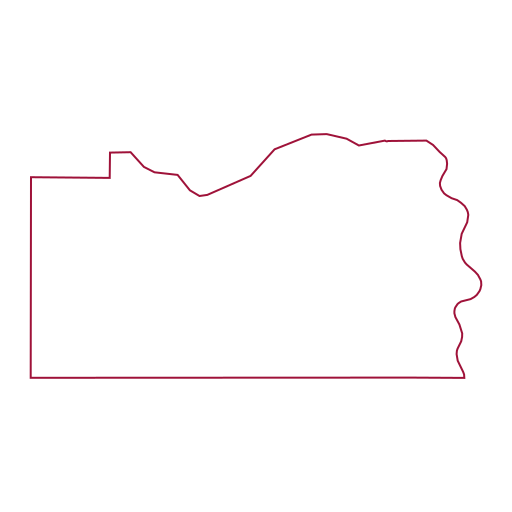 Cass, Nebraska, United States of America (Natural Earth projection)
{"feature_id": "52423323B68486838803795", "entity_name": "Cass", "entity_type": "district", "adm_level": 2, "iso_a3": "USA", "parent_name": "United States of America", "parent_adm1": "Nebraska", "projection": "natural_earth1", "projection_center": [-95.933, 40.925], "detail": "fine", "context": "isolated", "style": "outline", "palette": "rose", "viewbox_px": 512, "rotation_deg": 0, "n_neighbors": 0, "source": "geoboundaries", "source_scale": "gbopen_adm2", "svg_char_len": 1132}
<svg xmlns="http://www.w3.org/2000/svg" viewBox="0 0 512 512"><path d="M31.0,177.2L30.7,377.8L410.9,377.6L464.3,377.9L464.1,374.5L463.2,372.0L457.7,360.7L456.6,354.1L456.9,350.7L457.6,348.6L461.2,341.3L462.1,337.0L462.2,333.4L459.4,324.5L455.4,317.1L454.4,313.3L454.4,311.1L454.9,308.3L455.5,307.1L457.5,304.1L458.5,303.2L461.1,301.5L470.6,299.1L474.3,297.0L476.8,294.9L479.5,291.1L480.4,289.0L481.3,285.1L481.1,281.4L480.3,279.3L478.5,276.0L478.0,275.0L474.9,271.6L466.7,264.5L465.0,262.6L462.7,258.8L461.8,256.1L460.4,249.2L460.1,243.0L461.7,233.8L467.2,222.3L468.3,214.9L467.8,212.1L466.9,209.8L464.7,206.1L461.0,202.8L457.2,200.1L451.6,198.2L446.4,195.2L444.1,193.4L441.5,189.7L440.1,185.9L439.9,183.0L440.7,180.1L442.4,176.0L446.5,169.1L447.1,163.8L446.7,160.2L446.1,158.3L445.2,157.0L439.7,152.0L433.1,145.0L426.4,140.6L388.1,141.0L387.2,141.3L386.4,141.3L385.6,141.0L384.9,140.6L358.9,145.5L346.6,138.7L326.7,134.1L311.5,134.6L274.6,149.3L250.6,175.9L207.3,194.9L199.5,196.0L189.9,190.3L177.6,174.9L154.5,172.3L143.9,166.9L130.6,152.2L110.0,152.6L109.7,177.9L31.0,177.2Z" fill="none" stroke="#9f1239" stroke-width="2"/></svg>